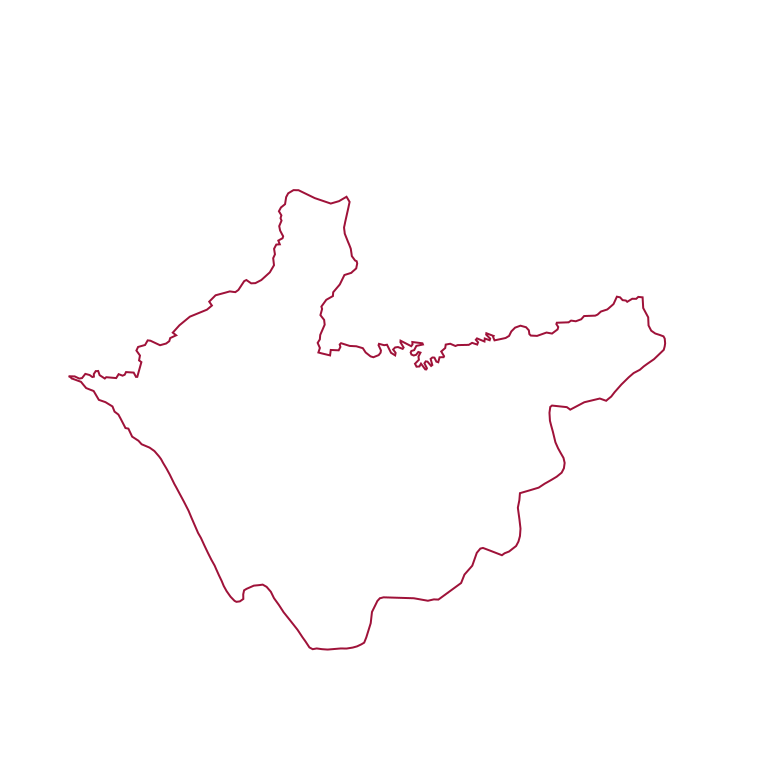 outline of Kabeya-Kamwanga, Kasaï-Oriental, Democratic Republic of the Congo, rotated 239°
{"feature_id": "63176286B62322725812229", "entity_name": "Kabeya-Kamwanga", "entity_type": "district", "adm_level": 2, "iso_a3": "COD", "parent_name": "Democratic Republic of the Congo", "parent_adm1": "Kasaï-Oriental", "projection": "mercator", "projection_center": [23.234, -6.028], "detail": "fine", "context": "isolated", "style": "outline", "palette": "rose", "viewbox_px": 768, "rotation_deg": 239, "n_neighbors": 0, "source": "geoboundaries", "source_scale": "gbopen_adm2", "svg_char_len": 5146}
<svg xmlns="http://www.w3.org/2000/svg" viewBox="0 0 768 768"><g transform="rotate(239 384 384)"><path d="M325.1,650.3L327.7,646.8L327.1,644.1L329.2,640.7L329.2,634.8L331.0,634.3L333.0,631.7L336.7,631.0L338.9,628.6L334.3,621.9L333.1,615.2L332.9,613.7L334.4,607.3L333.5,602.8L333.8,600.3L339.2,590.5L337.9,586.4L339.0,580.7L342.0,577.0L341.8,574.0L347.5,563.7L346.6,562.6L343.1,562.7L341.4,560.9L340.7,554.0L344.4,549.8L346.4,540.0L346.8,539.4L349.9,534.8L351.9,534.3L355.4,535.8L359.5,535.0L363.7,531.0L364.8,525.4L363.5,520.2L360.8,516.0L360.8,511.9L363.1,505.2L364.5,501.2L368.3,501.8L368.7,502.7L373.5,498.9L374.8,497.9L373.7,497.0L370.9,497.7L368.3,498.4L367.7,497.8L367.1,497.1L371.1,493.8L368.7,492.0L375.2,487.2L374.6,485.5L371.3,486.1L369.8,484.2L373.9,480.7L373.9,476.8L379.4,467.2L379.8,464.8L384.4,461.5L386.0,457.2L383.3,455.0L382.4,449.8L376.9,449.8L376.3,448.9L378.3,445.4L374.7,441.7L376.2,440.4L380.6,440.8L381.4,439.8L381.8,439.1L381.5,436.9L376.9,435.6L375.4,435.2L375.2,433.7L380.8,432.8L381.9,431.4L380.9,429.3L375.4,428.9L375.3,428.7L374.7,427.8L375.3,426.9L382.4,426.2L380.8,423.4L382.1,420.8L385.4,421.0L386.8,426.4L387.8,426.8L389.8,427.7L392.1,431.4L393.8,429.9L392.5,426.6L393.1,424.2L395.1,422.7L397.3,423.1L398.2,424.5L397.5,427.3L400.0,431.4L397.8,437.7L399.1,437.9L405.4,429.9L403.2,428.8L402.4,426.8L405.5,424.9L412.6,420.5L411.9,420.0L411.3,419.6L405.2,419.6L404.5,418.1L408.5,415.0L409.6,412.4L408.9,409.6L404.7,410.0L402.8,408.3L407.1,406.1L411.2,406.4L416.1,406.8L417.2,404.1L421.0,400.4L420.1,399.3L414.4,398.7L412.6,397.2L411.5,394.3L412.4,388.7L414.6,386.7L420.5,384.5L425.6,384.3L430.6,379.7L434.3,374.2L441.1,368.2L440.7,366.4L438.2,365.7L436.2,362.5L440.6,355.9L436.3,352.5L442.8,345.9L444.8,344.0L447.9,347.6L453.4,348.3L455.3,352.0L458.9,354.6L465.4,363.7L469.8,365.7L473.7,365.2L475.8,365.0L480.2,369.6L482.6,370.2L485.9,377.9L485.7,385.5L488.8,387.7L492.1,397.4L497.8,406.2L496.1,413.3L496.4,414.3L497.4,419.7L501.1,423.1L503.3,423.8L504.8,422.8L510.2,422.3L512.5,423.3L517.1,425.2L521.7,426.0L524.0,426.3L533.1,427.8L535.0,428.7L536.9,429.5L538.8,430.4L540.9,432.4L543.0,434.3L545.1,436.3L547.2,438.3L549.2,440.2L551.3,442.2L553.4,444.2L557.8,448.3L559.8,448.3L563.8,448.3L563.9,439.6L566.1,431.3L579.0,420.4L594.2,410.5L596.8,406.2L596.8,400.1L594.6,396.4L589.1,391.8L588.4,386.6L586.2,382.9L581.4,382.9L579.4,380.7L576.8,380.3L573.3,375.5L569.1,374.0L564.4,373.7L563.1,373.7L562.5,373.6L561.2,372.1L561.4,367.3L557.4,366.6L559.0,363.5L556.5,359.4L551.3,357.3L548.9,353.8L542.5,350.9L538.5,343.6L536.3,332.4L536.7,325.7L538.7,322.0L544.0,319.6L544.2,317.2L539.6,307.6L539.3,303.9L540.3,302.6L542.8,299.5L544.0,295.1L546.8,285.3L544.6,276.6L539.9,276.9L539.4,273.8L538.9,270.5L541.7,252.3L539.7,238.9L536.8,229.4L532.8,230.9L533.5,224.4L531.3,222.0L530.9,218.1L532.6,212.0L536.6,209.3L541.4,206.1L543.1,203.9L540.5,199.3L542.4,192.3L540.2,189.0L534.1,189.5L530.4,186.2L527.7,187.3L517.2,176.2L517.8,175.1L522.7,175.3L527.1,169.0L525.5,166.5L525.8,164.2L529.1,161.6L527.0,157.5L532.9,149.4L532.5,147.5L536.8,145.4L538.0,144.8L542.4,145.7L543.4,143.6L543.5,143.5L542.0,140.4L539.7,139.1L540.2,137.6L543.3,136.3L546.5,133.2L544.6,128.2L545.6,125.6L549.8,122.8L552.1,119.2L553.1,117.7L551.1,118.9L549.6,119.1L548.6,120.0L541.9,125.4L538.3,125.9L533.9,126.6L527.5,131.5L527.1,131.5L517.3,131.4L511.9,135.9L504.6,139.7L499.1,138.8L494.6,140.6L490.1,140.4L482.2,139.9L479.4,139.7L477.4,141.9L468.6,141.0L461.8,144.3L457.2,145.2L450.2,150.3L444.7,152.7L437.7,153.9L434.4,154.2L430.2,154.0L423.7,154.0L416.6,153.7L406.2,152.8L402.7,152.7L394.8,152.3L386.4,151.9L376.1,151.2L368.6,150.1L352.0,147.9L346.3,147.8L338.3,146.9L330.0,146.1L322.1,145.5L315.5,145.3L311.8,144.8L305.1,144.0L298.7,143.4L293.4,142.6L287.5,142.4L280.7,142.9L275.1,144.2L273.3,145.3L271.9,148.5L272.2,152.7L276.2,155.0L279.2,157.8L279.2,160.7L278.2,168.6L275.9,173.4L274.5,176.7L270.6,178.9L264.2,180.0L257.1,179.4L248.8,180.1L240.0,180.4L230.4,181.7L217.8,183.3L208.7,183.7L203.8,184.1L196.6,184.4L193.4,186.3L192.0,190.1L188.7,194.2L185.4,198.9L179.6,210.7L176.5,215.7L174.2,221.4L173.0,225.7L172.5,230.6L172.5,233.8L175.9,238.3L185.8,249.4L194.8,256.3L200.2,264.7L201.4,266.5L202.5,270.2L202.2,270.9L201.4,273.7L185.0,299.2L175.6,310.0L173.7,315.8L171.2,319.6L173.7,347.6L178.8,354.3L179.2,354.8L182.8,366.1L191.5,376.6L193.3,381.8L192.5,384.4L186.3,389.3L176.5,396.9L176.8,400.2L176.0,404.9L177.1,413.8L179.7,418.1L183.6,422.2L189.7,426.5L198.5,430.5L209.0,435.0L214.7,440.2L220.4,444.3L218.0,453.4L215.5,463.2L215.6,465.6L215.8,470.4L215.7,473.6L215.6,478.2L215.6,484.3L216.5,490.6L219.1,494.8L223.3,498.2L228.2,499.8L233.7,499.9L239.2,500.1L245.7,500.9L256.2,504.2L262.0,505.8L267.0,507.3L274.1,511.0L278.7,514.7L279.0,516.9L270.0,528.8L267.2,530.0L266.1,530.4L265.2,546.3L260.4,561.5L255.2,565.8L255.6,568.0L256.2,572.3L258.2,577.4L261.3,587.2L263.7,597.2L264.8,603.6L264.4,610.6L265.3,615.7L265.7,620.3L266.2,628.2L268.2,637.0L269.2,641.4L271.6,643.9L274.0,645.9L278.3,648.0L280.9,648.1L283.8,645.8L287.6,642.5L292.1,640.5L297.9,640.9L305.1,644.8L315.6,645.3L325.1,650.3Z" fill="none" stroke="#9f1239" stroke-width="2"/></g></svg>